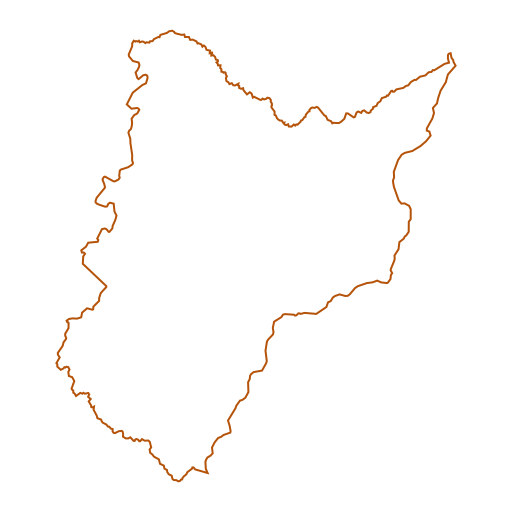 outline of Garzón, Huila, Colombia
{"feature_id": "7082276B84511387855625", "entity_name": "Garzón", "entity_type": "district", "adm_level": 2, "iso_a3": "COL", "parent_name": "Colombia", "parent_adm1": "Huila", "projection": "natural_earth1", "projection_center": [-75.581, 2.163], "detail": "fine", "context": "isolated", "style": "outline", "palette": "amber", "viewbox_px": 512, "rotation_deg": 0, "n_neighbors": 0, "source": "geoboundaries", "source_scale": "gbopen_adm2", "svg_char_len": 5907}
<svg xmlns="http://www.w3.org/2000/svg" viewBox="0 0 512 512"><path d="M410.7,209.2L409.1,205.8L404.6,203.4L401.4,203.6L398.7,200.4L393.9,186.8L393.1,182.3L393.0,180.5L394.1,177.4L393.8,171.8L398.1,160.0L401.6,154.8L404.7,152.9L412.3,151.0L420.4,146.1L426.1,141.2L430.6,135.6L429.4,131.6L426.8,130.6L426.9,128.3L432.4,118.4L434.0,113.0L432.9,108.0L437.0,103.4L438.1,98.2L440.6,90.7L445.8,82.2L447.9,74.5L455.6,65.7L453.5,61.9L453.1,59.9L451.5,57.9L450.6,53.2L448.7,53.8L448.0,55.0L447.9,58.4L449.0,62.7L444.7,63.8L434.2,70.3L432.8,70.1L431.5,71.9L428.6,72.3L425.4,75.4L420.0,76.7L415.9,80.0L414.6,79.8L410.9,82.0L408.3,85.3L405.9,86.0L403.3,87.9L396.4,89.4L394.3,91.6L392.8,91.7L392.3,90.8L391.3,90.9L388.0,95.7L386.9,95.5L386.2,96.7L381.8,98.1L380.4,101.2L377.7,103.1L376.5,105.8L373.1,107.2L373.1,108.6L370.8,110.6L370.5,112.1L368.8,113.0L366.8,112.6L364.2,110.4L362.4,110.9L361.2,112.9L358.2,111.5L356.6,112.5L354.9,116.9L353.7,117.4L347.8,113.4L346.2,113.4L344.3,118.9L341.0,121.8L338.7,123.1L333.0,122.8L332.3,123.3L331.0,121.2L327.6,119.8L325.8,116.0L324.4,115.5L318.1,107.6L316.7,106.9L314.6,107.9L312.3,107.5L310.9,108.2L309.5,109.9L309.5,111.3L308.5,111.5L305.8,114.7L305.5,116.8L304.4,117.2L302.4,120.0L301.0,120.5L300.5,121.8L297.5,124.7L296.3,124.4L295.2,125.6L293.8,124.5L291.6,126.6L288.8,126.5L288.1,124.3L286.0,125.1L284.8,124.6L284.1,123.7L284.3,122.8L283.5,123.2L281.8,120.6L279.7,120.5L278.1,119.4L276.9,118.1L275.9,115.5L274.5,114.9L274.6,111.6L271.5,107.5L271.4,106.2L272.0,105.4L271.8,103.2L270.8,101.9L270.8,99.9L269.5,98.2L267.3,97.7L266.1,98.9L264.1,99.4L262.6,98.6L261.3,99.9L260.4,99.9L254.1,96.8L252.9,97.6L251.6,93.6L249.8,92.2L247.0,94.4L243.5,90.2L243.1,88.2L241.2,88.8L239.1,87.9L239.2,86.0L238.1,85.4L238.4,83.7L235.0,85.5L233.2,85.2L231.8,83.2L229.4,84.1L228.5,82.4L226.4,81.0L225.9,77.9L226.9,76.3L225.8,74.5L225.7,73.0L224.9,72.2L223.5,72.7L222.9,71.9L221.4,71.7L221.4,69.2L220.2,68.0L220.5,65.3L218.0,65.4L217.7,63.7L216.5,62.4L217.9,61.5L217.8,60.1L215.8,59.5L215.1,56.9L213.3,55.2L211.3,55.6L211.3,54.4L212.2,53.1L211.9,52.5L209.7,53.2L210.0,50.6L206.5,49.8L205.5,47.0L204.2,45.7L203.6,45.5L202.4,46.7L201.3,44.4L198.4,43.2L197.5,43.5L196.5,41.4L192.6,39.6L190.2,39.9L188.9,37.0L185.0,37.0L184.3,34.5L181.8,34.9L176.9,33.7L174.8,33.0L174.1,31.8L172.1,30.7L169.1,31.3L167.0,32.9L160.4,34.9L159.5,37.2L158.5,36.9L154.0,39.1L152.5,41.1L150.0,41.3L149.4,42.6L146.4,42.3L145.3,43.1L143.5,41.7L142.0,41.5L139.8,42.3L138.9,40.7L137.8,41.5L136.0,41.1L135.3,41.6L133.8,40.7L132.2,43.3L132.2,46.2L128.7,54.6L129.1,56.5L132.9,61.0L138.6,62.5L139.4,64.9L139.1,66.6L137.6,69.9L135.6,72.5L137.3,78.0L138.6,79.1L143.3,75.2L145.6,74.7L147.2,75.6L147.6,77.9L146.0,83.3L142.4,85.0L132.8,92.6L126.8,104.4L131.5,108.7L137.2,108.0L138.6,108.7L139.3,109.8L137.2,113.5L134.2,115.1L131.6,118.7L132.1,122.7L131.8,125.9L131.0,128.9L129.1,130.8L128.4,132.7L130.3,138.7L130.4,142.7L132.2,155.1L132.1,160.5L133.0,162.9L132.5,164.3L128.2,167.2L120.8,169.6L119.8,170.6L119.2,175.8L119.7,177.8L118.5,179.5L114.8,181.4L113.5,181.3L105.0,176.6L103.8,177.1L102.6,179.1L102.7,180.1L104.4,184.5L105.0,187.6L96.7,197.7L95.6,200.8L95.6,202.3L96.8,203.6L99.5,204.8L105.2,206.7L107.1,206.4L108.4,203.7L110.1,202.7L113.7,203.7L114.5,211.6L116.5,215.6L115.2,220.2L112.7,225.8L112.3,228.5L109.4,231.9L108.7,231.9L106.6,229.3L104.9,228.5L102.0,229.1L97.2,238.6L98.3,239.9L97.7,241.8L88.2,242.7L86.0,246.7L81.3,250.3L81.9,252.5L83.8,252.5L85.0,253.8L83.2,256.5L82.8,263.8L106.3,286.1L106.3,287.0L100.8,293.0L99.2,297.8L99.1,300.9L93.4,306.6L93.1,309.4L92.3,309.7L87.1,308.3L82.1,312.6L81.2,317.3L77.1,318.6L72.2,318.4L69.0,319.0L66.6,320.7L67.4,322.3L68.2,322.3L68.6,322.9L68.5,328.2L65.2,333.7L65.2,335.7L66.2,338.0L65.9,339.2L63.6,342.2L62.6,346.0L57.8,352.9L57.9,354.7L59.7,357.4L56.4,363.2L57.3,364.1L57.3,366.6L60.8,369.8L63.4,368.5L64.4,367.2L65.4,367.5L66.4,366.7L68.3,367.2L69.5,369.6L68.3,372.0L68.9,376.0L72.2,377.2L74.3,381.1L71.6,388.5L71.8,389.4L73.2,390.4L73.3,392.7L74.6,393.5L76.0,396.0L80.3,392.9L82.3,393.7L83.4,392.8L84.8,393.7L88.3,393.0L89.2,394.5L88.1,396.8L90.7,399.0L88.7,401.4L91.1,405.4L91.3,407.1L92.4,407.4L94.0,406.6L93.6,409.8L96.8,415.8L97.4,418.2L101.2,419.6L101.7,421.3L102.8,422.7L106.3,424.5L108.0,426.6L109.3,426.7L110.8,428.6L112.7,429.1L112.6,431.5L113.7,432.9L115.0,433.1L118.8,431.2L121.8,430.9L122.6,431.6L123.1,433.8L123.0,436.7L125.8,438.4L128.3,438.4L130.3,437.3L133.6,440.9L134.7,440.9L135.3,439.5L136.3,439.0L138.3,439.8L139.2,441.2L140.2,441.2L142.0,439.1L144.6,440.7L148.2,440.5L149.7,441.7L151.2,447.4L149.6,449.5L150.2,452.8L152.5,454.6L153.9,456.6L158.9,459.4L160.0,463.8L163.8,465.6L164.5,468.7L167.0,470.0L167.2,471.9L168.8,474.3L171.7,475.7L172.4,478.8L173.7,480.0L176.5,480.2L178.1,481.3L180.1,480.9L180.9,479.6L182.2,479.4L182.5,478.0L183.9,476.3L186.3,474.4L187.3,472.2L192.0,468.7L192.4,467.4L193.6,467.5L195.1,469.4L207.6,473.0L205.8,468.9L205.4,461.8L206.0,460.0L207.3,457.6L210.7,455.5L212.7,453.3L212.0,447.5L214.7,442.3L218.1,438.0L221.2,436.8L223.5,435.0L230.3,432.6L230.6,431.2L229.7,426.0L228.0,420.5L235.4,408.4L236.4,405.6L240.0,400.6L242.4,399.9L245.3,397.8L248.4,392.1L248.1,382.2L249.8,378.9L250.0,376.0L251.0,374.2L253.6,372.1L262.0,370.6L266.0,363.5L266.8,361.1L265.5,350.8L266.9,341.7L268.1,339.6L273.0,334.4L273.5,332.1L272.8,328.0L274.1,321.7L281.4,317.1L282.9,314.7L285.0,314.1L293.9,314.7L295.1,315.6L296.4,315.3L298.3,313.4L299.3,313.3L300.5,313.9L304.6,312.9L316.3,313.9L326.4,307.0L328.0,302.4L330.7,301.1L332.9,297.5L334.8,296.1L339.5,294.4L345.4,296.0L347.8,295.8L349.7,294.4L354.9,288.2L357.8,286.2L366.8,283.1L372.8,282.3L377.2,280.6L381.2,282.4L387.0,283.1L387.9,282.6L390.5,279.0L390.9,275.0L392.2,273.1L390.7,270.5L390.8,269.1L394.1,261.1L394.7,258.9L394.5,255.5L398.5,249.3L399.4,242.1L403.7,238.7L404.7,236.6L406.3,235.4L408.7,231.8L408.8,221.7L410.7,219.2L410.7,209.2Z" fill="none" stroke="#b45309" stroke-width="2"/></svg>